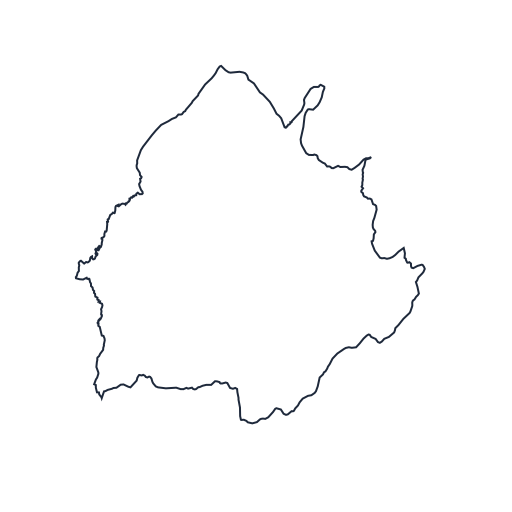 the district of Tona, Santander, Colombia, rotated 198°
{"feature_id": "7082276B13563988320283", "entity_name": "Tona", "entity_type": "district", "adm_level": 2, "iso_a3": "COL", "parent_name": "Colombia", "parent_adm1": "Santander", "projection": "equal_earth", "projection_center": [-72.942, 7.167], "detail": "fine", "context": "isolated", "style": "outline", "palette": "slate", "viewbox_px": 512, "rotation_deg": 198, "n_neighbors": 0, "source": "geoboundaries", "source_scale": "gbopen_adm2", "svg_char_len": 6112}
<svg xmlns="http://www.w3.org/2000/svg" viewBox="0 0 512 512"><g transform="rotate(198 256 256)"><path d="M104.6,220.1L101.0,226.0L100.9,228.4L101.2,230.4L99.2,234.3L96.4,241.8L92.3,249.3L92.0,250.9L91.9,256.3L92.1,257.5L93.0,259.9L93.1,261.4L92.7,262.6L91.9,263.5L91.1,266.7L90.0,268.7L89.5,270.6L92.9,276.5L95.9,280.7L95.2,282.4L94.9,285.9L92.4,291.0L91.8,292.7L91.5,295.9L92.8,297.5L94.8,299.0L95.8,298.9L99.3,296.5L102.7,293.0L104.4,293.0L105.4,294.2L106.3,296.7L108.2,297.5L109.5,296.5L110.2,296.5L112.1,298.5L112.7,299.7L114.2,300.2L115.2,304.6L118.0,309.3L121.7,304.3L123.9,300.0L125.8,297.3L128.2,295.2L130.6,293.8L133.3,293.7L135.6,292.7L137.6,292.7L144.7,297.8L149.4,303.5L150.6,305.7L149.4,306.6L149.6,309.2L150.6,313.0L149.8,315.6L150.4,316.7L152.7,318.1L153.7,319.3L154.7,321.7L155.4,325.4L155.2,328.9L155.6,337.4L157.2,340.7L158.6,341.4L160.7,341.5L163.7,345.5L165.5,345.8L167.3,345.1L168.7,345.9L171.7,346.1L172.9,347.2L173.7,348.8L175.5,349.4L175.9,350.0L176.0,350.8L175.1,353.5L177.0,354.5L176.8,356.3L177.6,358.7L177.9,361.6L178.5,362.4L178.8,364.6L179.8,366.6L179.8,368.2L180.3,368.7L181.3,370.9L180.8,375.3L181.5,381.0L181.0,381.9L177.9,384.0L177.0,385.6L179.5,383.6L181.5,383.0L183.5,380.9L186.2,374.9L189.5,370.2L191.7,367.6L194.1,367.5L196.5,368.7L199.0,368.3L203.3,366.7L205.8,367.1L209.6,363.4L211.2,363.0L212.9,363.8L214.3,363.8L216.0,363.1L219.1,365.2L221.4,365.4L225.9,366.7L227.5,368.1L228.4,369.9L229.7,370.6L232.0,370.5L232.8,369.7L236.9,368.5L240.0,369.3L242.2,371.3L246.4,375.2L248.0,377.2L249.6,380.7L250.8,393.3L253.0,404.0L253.0,407.6L252.0,411.3L251.0,412.0L246.9,412.8L243.9,418.3L243.0,421.9L242.5,427.2L243.1,432.7L242.8,436.5L243.4,438.1L247.4,438.8L248.2,437.9L248.5,436.7L249.1,436.0L253.2,434.7L255.7,431.8L258.5,421.3L258.6,419.3L257.2,416.3L257.0,414.8L257.5,408.4L263.6,395.3L263.5,394.4L264.7,393.8L264.2,392.9L264.9,391.4L265.9,390.9L266.3,388.8L266.9,388.6L267.3,387.2L268.6,387.3L274.6,394.8L277.4,396.5L280.4,397.6L284.6,401.8L290.5,406.9L299.2,411.7L302.8,412.8L311.3,419.5L317.7,421.4L320.1,424.8L321.7,425.9L322.9,426.5L324.9,426.6L328.6,426.1L336.9,422.5L338.9,422.3L342.5,423.3L347.9,426.0L349.1,425.0L350.2,421.8L350.9,417.4L351.8,414.6L353.1,411.3L357.4,403.4L360.8,392.5L360.7,390.8L364.1,383.7L364.4,381.8L367.9,373.4L368.1,371.9L369.3,370.7L370.2,368.0L371.0,367.4L373.5,366.6L375.0,363.1L378.3,360.4L380.9,357.2L386.7,351.4L390.0,344.5L392.4,338.6L397.2,325.1L398.2,321.1L398.6,310.2L397.6,307.4L397.6,305.5L397.1,304.0L396.4,302.7L392.3,299.3L391.3,297.1L389.2,295.8L389.3,294.5L390.1,293.7L388.8,291.1L389.4,288.3L388.4,286.5L385.9,283.5L383.8,282.0L383.1,280.5L383.6,279.6L385.8,278.8L388.0,279.7L389.0,278.3L388.7,276.8L389.9,276.3L390.7,274.6L391.1,274.6L391.1,275.4L391.3,275.3L391.9,273.2L392.8,273.3L393.4,271.8L394.1,271.5L394.1,271.1L393.3,270.5L393.5,269.0L394.0,268.7L394.0,268.0L394.9,267.0L395.2,265.9L395.9,265.9L396.0,264.5L397.0,265.0L399.3,264.5L400.3,263.5L401.9,260.8L402.6,260.8L402.8,262.1L404.6,260.4L404.8,259.1L403.9,255.8L403.7,253.2L404.0,252.9L405.4,253.1L406.2,251.3L407.3,250.0L407.5,245.6L408.3,245.1L408.3,244.6L407.3,243.1L407.3,242.8L408.2,242.4L407.3,240.3L405.9,234.1L406.0,233.0L407.1,232.7L407.0,230.0L406.4,228.3L406.5,227.5L407.1,226.5L408.4,225.5L408.3,224.7L407.4,224.5L407.0,223.7L406.7,220.6L406.3,219.3L406.3,216.7L406.7,216.2L407.1,216.8L408.2,217.1L408.6,216.1L408.9,214.9L408.7,214.5L407.1,215.2L407.5,212.8L408.3,212.6L410.4,213.5L410.8,212.9L410.9,212.5L409.3,210.6L409.4,208.7L409.2,208.5L408.3,209.5L407.9,209.5L407.5,209.2L407.3,208.0L408.4,206.0L408.4,203.8L409.2,202.8L409.8,202.5L411.0,203.1L411.8,205.0L412.6,204.2L413.0,203.0L412.6,200.2L413.6,198.3L414.3,197.8L415.7,197.8L417.1,195.7L421.0,197.4L421.5,197.1L422.5,195.0L422.2,194.0L421.2,192.6L421.0,190.4L419.8,187.0L420.5,185.0L420.3,181.8L420.8,180.2L420.3,179.2L416.5,179.4L413.2,180.2L410.3,183.0L409.4,182.1L408.6,182.4L407.8,182.2L407.6,182.7L407.3,182.6L405.7,179.8L404.5,178.9L403.6,176.4L401.7,175.5L400.6,173.4L399.1,172.7L398.7,170.9L397.4,170.3L396.3,167.8L393.9,167.4L393.6,165.8L393.2,165.4L392.1,165.6L391.6,164.7L391.6,163.9L390.3,164.5L390.2,163.2L387.7,163.0L386.8,161.7L386.6,159.8L386.9,157.5L385.9,155.8L385.3,152.7L385.0,152.3L384.3,152.2L384.0,151.2L384.3,148.3L385.1,146.5L385.5,147.2L385.9,146.3L386.0,145.3L385.5,144.1L386.0,143.6L385.7,143.0L384.9,143.1L384.4,140.9L382.7,140.3L378.1,132.7L376.4,132.9L374.6,130.8L373.8,129.1L373.3,124.5L372.9,123.8L372.9,121.5L372.4,119.5L374.0,114.8L374.3,112.3L375.4,110.4L375.2,109.0L374.8,108.3L374.6,106.1L373.5,101.1L370.0,96.6L369.5,95.3L369.5,91.2L370.1,89.1L370.3,84.0L368.5,83.8L367.6,81.2L365.1,77.2L363.2,77.7L362.3,75.9L359.2,73.8L358.8,73.2L358.7,80.3L357.4,81.0L355.7,82.8L352.0,85.2L350.8,86.4L348.0,87.6L344.9,91.8L342.3,92.9L337.0,92.2L334.8,92.3L331.0,100.6L331.2,103.6L330.5,106.5L330.2,106.8L327.7,107.1L326.6,108.1L324.7,107.8L323.5,106.9L321.8,106.9L320.4,108.3L319.3,108.3L317.6,107.2L315.7,104.4L314.4,103.1L311.0,101.0L308.6,100.8L300.8,102.3L291.2,106.1L286.6,106.1L283.9,106.9L281.4,109.1L279.6,108.9L276.2,111.0L274.6,110.1L273.0,110.2L271.9,110.9L270.3,113.4L269.1,113.9L266.7,116.1L263.6,118.0L258.8,119.6L256.3,124.2L254.4,124.7L251.7,124.8L251.1,124.1L250.3,123.8L248.6,124.4L245.7,126.3L244.0,126.3L239.9,122.5L236.9,122.6L235.0,124.1L232.9,123.7L231.6,120.7L228.8,115.7L228.2,113.9L224.4,106.9L221.6,98.8L219.8,95.7L219.4,95.5L217.0,96.5L214.1,96.2L212.5,95.3L207.8,95.7L203.8,98.3L201.7,101.9L200.8,102.7L199.2,103.5L196.8,104.0L194.5,106.4L191.6,112.9L190.5,116.6L189.6,117.5L184.9,117.7L181.0,114.5L178.4,114.2L176.8,115.2L174.2,119.4L172.9,119.7L172.1,120.5L171.6,123.2L169.9,126.8L169.3,130.3L167.5,134.8L163.3,139.1L160.3,140.7L157.9,143.9L157.2,145.9L157.0,151.0L157.9,160.1L155.7,164.1L155.4,166.4L154.3,167.7L153.5,170.9L153.4,172.9L152.5,175.9L151.5,182.1L148.5,188.4L143.5,194.9L142.2,196.3L139.5,197.9L136.5,198.3L132.6,200.1L130.3,205.1L128.2,210.7L126.1,214.5L124.7,216.1L123.5,216.2L121.4,214.6L116.6,214.1L113.4,211.8L111.4,211.7L109.9,213.5L108.4,216.9L104.6,220.1Z" fill="none" stroke="#1e293b" stroke-width="2"/></g></svg>